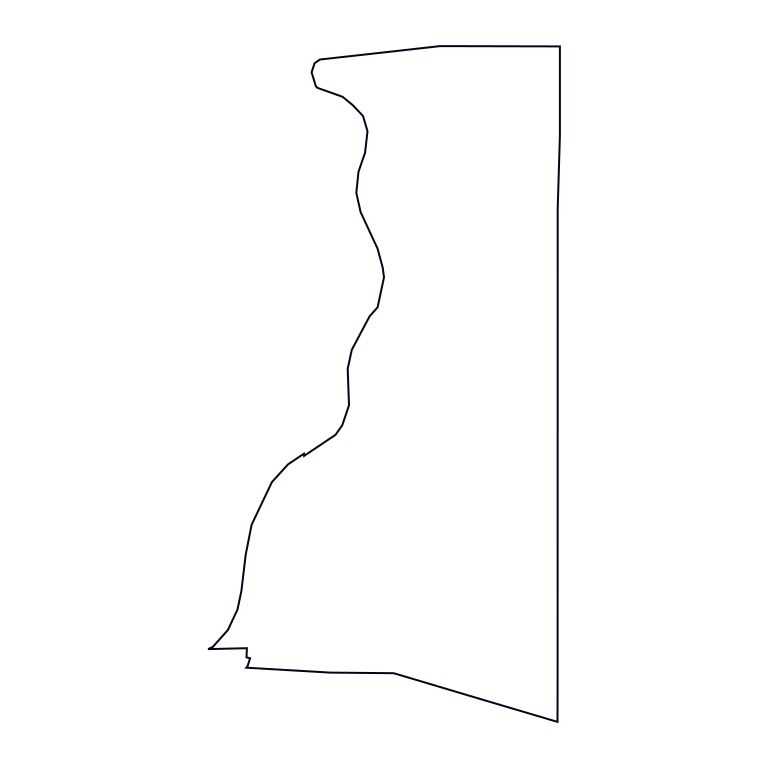 Brooke, West Virginia, United States of America (Mercator projection)
{"feature_id": "52423323B34331419978033", "entity_name": "Brooke", "entity_type": "district", "adm_level": 2, "iso_a3": "USA", "parent_name": "United States of America", "parent_adm1": "West Virginia", "projection": "mercator", "projection_center": [-80.613, 40.28], "detail": "fine", "context": "isolated", "style": "outline", "palette": "ink", "viewbox_px": 768, "rotation_deg": 0, "n_neighbors": 0, "source": "geoboundaries", "source_scale": "gbopen_adm2", "svg_char_len": 741}
<svg xmlns="http://www.w3.org/2000/svg" viewBox="0 0 768 768"><path d="M320.0,59.5L314.6,63.2L311.6,72.3L315.9,86.4L317.8,88.0L342.6,96.8L352.9,105.3L363.0,116.0L367.5,131.2L365.1,152.6L358.5,171.8L356.3,192.9L356.4,193.2L360.6,212.1L377.6,248.7L382.7,267.6L384.0,277.4L377.6,307.3L369.6,316.3L351.8,349.8L347.7,368.7L349.0,405.3L342.3,425.2L335.5,434.8L304.1,455.9L303.9,453.7L288.0,464.4L271.9,482.1L251.6,524.8L245.7,554.7L241.4,590.9L237.5,609.5L227.9,630.0L212.8,646.9L208.1,649.1L246.9,648.2L246.5,657.3L250.1,658.3L247.5,666.3L246.3,667.7L330.0,672.6L393.7,673.2L483.9,700.1L557.5,721.9L557.6,685.2L557.7,240.5L557.7,208.6L559.9,135.7L559.9,48.6L559.9,46.4L440.1,46.1L320.0,59.5Z" fill="none" stroke="#020617" stroke-width="2"/></svg>